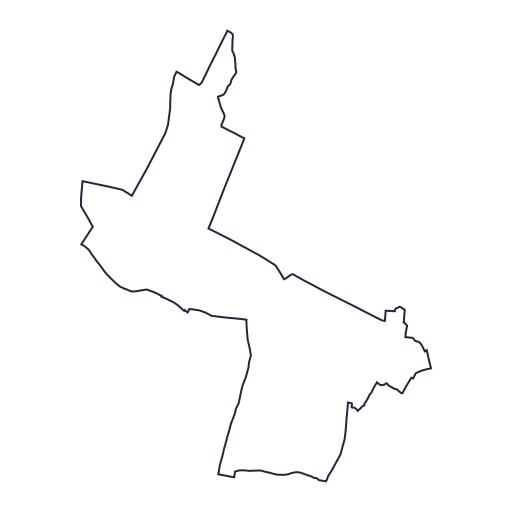 the district of San Damián Texóloc, Tlaxcala, Mexico
{"feature_id": "50627088B38103366804835", "entity_name": "San Damián Texóloc", "entity_type": "district", "adm_level": 2, "iso_a3": "MEX", "parent_name": "Mexico", "parent_adm1": "Tlaxcala", "projection": "orthographic", "projection_center": [-98.295, 19.291], "detail": "fine", "context": "isolated", "style": "outline", "palette": "slate", "viewbox_px": 512, "rotation_deg": 0, "n_neighbors": 0, "source": "geoboundaries", "source_scale": "gbopen_adm2", "svg_char_len": 5319}
<svg xmlns="http://www.w3.org/2000/svg" viewBox="0 0 512 512"><path d="M218.3,474.3L234.1,477.3L235.1,471.5L237.1,471.0L238.7,470.5L241.3,470.3L244.1,470.3L249.3,470.9L255.0,470.6L260.9,470.5L264.3,471.5L266.8,472.1L270.7,473.0L273.7,473.9L277.0,474.6L280.3,474.8L284.6,474.8L288.1,474.3L291.1,473.2L294.5,472.4L298.1,472.2L301.3,472.9L307.7,475.3L309.8,475.8L314.5,478.0L315.5,478.0L316.3,478.1L318.1,479.1L318.4,479.8L319.7,480.3L323.7,480.9L326.0,481.3L326.7,480.0L328.1,476.2L329.7,473.6L332.0,470.0L340.5,454.4L341.8,449.5L344.0,441.4L344.4,440.3L344.9,437.5L345.5,432.0L345.8,428.8L346.4,421.0L346.4,420.5L347.3,410.5L347.5,408.5L348.0,402.5L351.7,403.3L351.9,403.9L352.0,404.4L352.0,404.8L351.8,405.4L351.6,406.6L351.6,407.0L351.7,407.4L352.0,407.5L352.4,407.6L352.7,407.6L353.1,407.6L353.8,407.6L354.3,407.7L355.1,408.1L355.8,408.7L356.4,409.2L357.2,410.2L357.8,410.9L358.9,409.7L360.0,408.8L361.0,407.8L361.9,406.8L362.5,406.1L363.3,405.9L364.0,405.6L364.3,405.0L364.2,404.1L364.7,403.4L365.7,402.0L366.4,400.6L367.3,399.5L368.1,397.7L368.7,396.7L369.1,395.8L369.5,394.7L370.7,393.5L371.6,392.2L372.5,390.3L373.5,388.3L374.3,386.7L374.9,385.8L375.7,384.4L376.5,383.2L376.9,382.4L377.6,383.1L378.0,383.2L378.7,383.9L380.2,384.9L380.7,385.1L381.5,385.1L382.6,384.9L383.7,384.9L384.6,384.5L385.3,383.9L385.8,383.5L386.3,383.3L386.8,383.3L387.4,384.0L388.1,385.0L389.1,385.8L390.8,386.8L392.5,387.7L393.5,388.4L394.4,388.8L395.8,389.1L396.9,389.4L397.3,389.7L398.2,390.5L398.5,390.9L399.3,391.5L400.7,392.7L401.3,393.1L401.7,393.1L402.3,393.3L402.5,393.1L406.0,386.5L411.4,377.7L413.1,378.5L415.8,373.2L417.8,372.3L419.1,371.6L422.8,370.3L423.1,370.2L425.8,369.5L427.4,369.1L428.6,368.9L431.0,368.3L430.3,365.6L428.7,359.0L426.8,350.2L426.5,350.4L424.9,351.4L424.2,350.0L422.8,347.2L421.3,344.4L419.2,342.1L415.2,340.9L414.7,340.2L414.0,339.4L412.8,337.9L405.4,337.1L405.8,332.5L407.1,325.7L404.8,323.1L403.7,322.5L403.8,322.3L404.7,309.9L404.7,309.6L404.2,309.5L403.2,309.0L402.7,308.4L402.2,308.0L401.0,307.2L400.1,306.9L399.5,306.8L399.2,307.0L395.9,308.5L395.5,309.0L395.2,309.5L395.0,310.1L394.9,310.5L394.9,311.2L394.6,311.2L385.7,310.7L384.9,320.5L384.9,320.9L384.3,320.9L383.3,320.7L382.2,320.4L380.8,319.8L378.4,318.6L377.0,317.9L369.2,313.9L367.5,313.1L364.8,311.7L361.8,310.1L358.4,308.4L357.7,308.0L354.9,306.6L350.8,304.5L345.6,301.9L342.1,300.1L340.8,299.5L339.4,298.8L334.0,296.1L331.2,294.7L327.3,292.7L326.4,292.3L322.3,290.2L313.4,285.4L307.3,282.2L304.9,281.0L302.1,279.4L298.0,277.1L296.2,276.2L293.9,274.7L293.0,274.3L292.3,274.3L291.2,274.6L290.6,275.0L289.3,275.9L288.1,276.8L287.0,277.6L286.2,278.1L284.0,279.2L281.9,275.6L277.9,269.0L276.5,267.0L276.0,266.2L275.5,265.4L265.7,259.2L258.0,254.5L256.7,253.9L231.9,240.4L208.5,228.5L214.1,214.6L224.0,189.0L243.7,140.1L244.2,138.1L243.4,137.8L242.3,137.3L239.7,136.0L237.9,135.0L233.7,132.7L230.9,131.4L228.5,130.2L225.9,128.8L223.7,127.7L222.1,126.8L221.4,126.6L221.5,124.8L223.6,119.8L224.5,117.1L224.6,116.0L224.0,113.9L221.9,109.7L220.9,107.4L219.6,103.0L218.4,98.6L218.0,97.2L218.0,96.7L218.4,96.5L221.0,95.7L222.4,95.1L223.2,94.7L224.0,94.1L224.9,92.8L226.0,91.1L226.6,89.6L227.1,88.2L227.6,86.8L228.2,86.0L228.7,85.4L229.3,85.0L229.9,84.5L230.4,83.8L230.8,82.3L231.2,80.4L232.3,78.4L233.4,76.7L234.2,75.5L235.1,74.4L235.6,73.7L236.0,73.0L236.3,71.8L235.9,69.8L235.5,68.0L235.4,67.0L235.4,65.4L235.5,63.6L235.3,62.8L235.1,62.1L235.1,60.1L234.9,58.4L234.7,57.1L234.5,56.0L234.0,54.7L233.5,53.3L233.2,52.7L232.9,52.1L232.5,51.5L232.4,50.8L232.3,50.0L232.2,48.7L232.3,46.8L232.5,44.7L232.4,42.5L232.5,40.7L232.6,39.1L232.8,38.0L232.9,36.5L232.8,35.2L232.7,34.6L232.4,33.9L231.4,33.1L230.0,32.1L228.7,31.4L227.2,30.7L226.4,32.9L225.0,35.6L221.9,41.6L220.9,43.7L218.2,49.1L215.3,55.2L213.3,58.7L212.6,60.6L210.1,65.2L206.7,72.4L203.3,79.4L201.3,83.2L198.9,85.0L190.8,80.2L184.3,76.3L177.9,72.4L176.5,71.8L174.1,76.8L172.9,84.1L171.4,88.7L170.5,94.3L170.5,96.9L170.2,102.1L170.2,108.3L169.4,114.0L168.0,124.9L165.2,133.4L146.5,169.4L131.8,195.8L122.4,189.8L111.2,187.2L82.5,181.2L81.1,197.5L81.0,206.1L88.6,219.1L92.8,226.8L90.5,230.2L83.3,241.3L81.3,244.3L82.8,245.1L85.5,246.9L88.2,249.3L90.0,251.4L91.0,253.2L91.2,253.6L93.8,257.0L95.9,260.1L97.2,261.8L99.7,264.9L101.1,266.7L102.1,268.1L103.7,270.4L104.2,271.1L104.8,271.8L105.9,273.3L110.5,278.0L112.5,280.0L115.8,283.2L116.2,283.6L120.2,286.7L123.5,288.2L124.4,288.7L124.7,288.8L127.3,289.7L129.5,290.7L131.8,291.5L135.0,291.4L143.0,290.1L145.9,289.6L147.3,289.7L153.5,292.0L156.6,293.3L159.2,294.7L161.8,295.9L161.9,296.0L161.5,296.6L161.8,296.7L162.4,297.0L162.9,297.3L164.7,298.1L165.2,298.3L166.7,299.0L167.4,299.3L169.1,300.1L169.8,300.5L171.1,301.1L172.3,301.7L173.4,302.2L174.8,303.0L176.0,303.9L176.7,304.4L178.1,305.5L178.9,306.2L179.6,306.8L182.1,309.0L184.2,310.9L184.8,310.1L187.6,312.5L187.9,311.9L189.2,309.1L192.2,309.3L199.4,310.4L205.5,312.6L211.3,315.7L212.1,316.0L213.0,316.0L222.6,317.2L244.3,319.3L244.9,319.7L246.5,319.7L246.4,320.5L246.6,326.3L247.0,331.9L247.7,339.7L249.7,348.3L250.9,355.4L249.1,362.0L248.5,367.4L245.9,377.1L242.7,385.1L241.4,390.2L238.7,403.1L235.7,409.2L235.3,412.1L233.4,417.5L231.1,423.2L229.6,429.1L228.4,433.2L227.3,436.9L226.3,440.9L224.1,448.7L222.5,455.6L219.8,465.4L218.3,474.3Z" fill="none" stroke="#1e293b" stroke-width="2"/></svg>